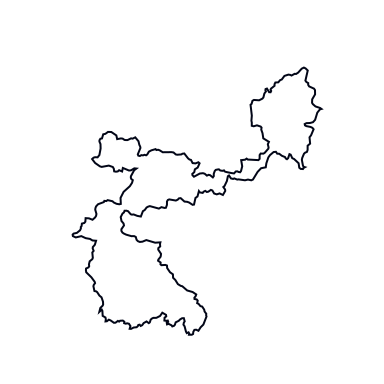 Caratinga, Minas Gerais, Brazil (Mercator projection), rotated 104°
{"feature_id": "56859067B96917379778032", "entity_name": "Caratinga", "entity_type": "district", "adm_level": 2, "iso_a3": "BRA", "parent_name": "Brazil", "parent_adm1": "Minas Gerais", "projection": "mercator", "projection_center": [-42.127, -19.689], "detail": "fine", "context": "isolated", "style": "outline", "palette": "ink", "viewbox_px": 384, "rotation_deg": 104, "n_neighbors": 0, "source": "geoboundaries", "source_scale": "gbopen_adm2", "svg_char_len": 6072}
<svg xmlns="http://www.w3.org/2000/svg" viewBox="0 0 384 384"><g transform="rotate(104 192 192)"><path d="M157.5,292.1L161.8,292.3L162.5,293.8L164.2,294.3L165.5,294.0L167.6,292.4L171.9,291.2L178.5,290.8L181.2,292.0L181.7,294.5L182.5,295.8L184.2,296.9L187.3,293.0L189.4,287.5L189.5,285.7L186.5,279.1L186.9,274.9L188.3,273.5L190.8,272.5L190.7,270.7L190.0,269.0L188.5,268.0L189.0,264.8L185.4,264.9L186.4,258.3L185.7,256.4L183.0,253.7L182.7,251.6L184.9,253.4L191.5,255.1L193.0,254.8L194.1,254.0L194.8,252.3L197.6,252.4L201.4,253.7L208.4,258.4L215.0,259.9L220.8,258.2L221.5,259.6L221.7,262.4L221.1,265.3L220.2,266.9L220.3,271.9L221.5,272.9L221.8,274.9L223.1,275.1L226.6,280.2L229.2,281.6L231.0,281.8L232.6,281.6L236.4,279.4L238.4,279.3L240.2,279.9L243.0,281.8L242.5,285.6L243.1,288.9L246.6,288.3L248.1,289.0L249.3,291.2L251.8,290.9L252.9,291.4L254.3,291.0L256.3,291.4L259.5,293.8L261.0,296.8L262.2,297.5L263.6,296.9L264.2,293.8L261.6,288.7L262.5,284.0L262.2,279.6L263.1,276.9L262.5,273.3L266.7,273.5L269.4,274.9L270.8,274.7L272.9,273.2L274.8,274.1L279.9,272.3L281.3,272.5L284.0,274.5L287.1,274.5L288.9,273.8L290.2,274.2L291.9,276.3L293.6,276.0L295.5,275.2L299.1,269.0L302.7,264.7L303.9,264.0L305.7,264.8L307.2,264.9L311.7,262.7L311.6,260.9L312.1,259.8L314.9,256.8L316.1,254.3L320.0,251.8L322.7,251.0L323.9,251.2L326.7,252.9L330.7,252.9L328.0,251.1L329.0,250.2L333.8,248.7L334.7,245.6L336.4,244.8L338.5,244.6L338.0,243.3L336.0,241.8L336.3,239.9L337.8,236.1L337.3,234.6L335.0,232.7L335.4,231.4L334.3,230.6L333.5,228.0L334.2,226.3L335.7,226.1L335.8,224.4L335.1,223.2L335.1,221.3L337.0,219.3L339.8,219.4L339.6,218.1L337.6,215.8L336.6,213.0L335.2,212.1L334.0,211.9L333.4,210.7L334.4,209.4L333.3,208.1L330.9,207.2L328.6,204.8L329.7,202.2L328.7,201.4L325.8,201.2L324.4,200.2L323.5,199.1L322.7,196.1L320.0,193.0L316.3,191.6L317.5,187.5L318.9,186.9L320.6,188.2L323.4,187.7L323.3,186.0L322.6,184.4L323.7,183.7L324.9,184.9L326.5,184.2L325.6,182.8L326.3,179.6L327.2,178.6L326.2,177.1L325.0,176.5L322.4,176.3L320.2,173.7L318.6,172.8L316.9,171.1L316.4,169.4L319.3,167.8L320.7,168.3L322.8,168.2L324.1,166.7L328.9,164.1L330.2,162.9L329.0,161.4L330.0,160.4L331.2,160.4L330.5,157.6L329.5,156.6L327.4,156.9L325.2,156.3L324.6,154.7L325.1,152.2L321.2,150.9L317.9,148.9L309.3,147.8L308.1,148.5L306.7,148.7L304.9,150.9L303.2,151.7L300.7,154.4L300.7,156.2L299.0,158.5L298.6,160.1L296.0,160.2L295.1,161.5L295.2,163.7L294.0,164.1L292.3,163.3L290.4,163.1L288.9,167.2L288.7,172.9L285.8,178.6L285.8,180.2L284.8,183.4L281.4,186.9L279.8,189.6L276.5,190.6L275.2,193.9L271.8,197.7L269.4,198.5L269.2,200.2L270.4,204.0L269.8,205.1L268.0,205.4L266.9,208.3L265.7,208.3L262.4,206.8L260.9,206.9L259.5,207.1L256.1,210.8L254.6,211.1L252.5,209.7L250.1,210.5L248.5,210.5L250.1,215.5L249.7,224.7L252.2,228.1L253.1,230.6L252.8,232.6L251.8,234.2L249.2,235.7L248.8,237.5L249.5,240.0L249.3,245.6L248.8,248.1L248.2,249.7L246.8,251.1L245.2,251.5L240.9,249.9L239.1,250.8L237.2,253.4L233.6,255.1L229.7,254.2L228.3,253.1L226.5,252.9L226.0,251.1L226.1,249.4L228.4,246.1L228.5,244.8L227.9,243.2L228.4,239.3L228.2,235.7L222.5,235.0L220.9,233.5L218.0,232.3L216.8,231.0L215.9,229.5L216.1,220.1L214.1,218.0L214.1,214.7L213.6,213.5L210.5,213.2L207.2,214.0L205.6,213.5L204.7,212.3L204.2,205.6L202.9,204.0L201.3,203.1L200.7,201.5L203.1,197.0L202.7,194.3L202.9,192.3L204.3,188.3L203.7,187.0L196.9,187.2L195.0,185.6L189.5,185.5L190.5,184.4L190.3,181.4L189.0,180.9L187.7,179.4L188.4,177.6L187.7,176.2L185.4,174.2L185.6,172.6L188.1,170.2L188.3,167.4L186.7,164.9L187.4,161.3L182.9,160.0L181.6,160.5L179.6,162.8L178.3,161.9L172.9,160.8L168.0,161.0L167.0,160.1L169.4,157.5L169.4,155.3L168.6,154.3L169.0,151.1L168.5,150.0L167.8,143.4L166.4,140.7L166.3,137.3L165.2,135.9L156.6,133.2L152.2,130.7L150.2,126.4L146.1,126.8L140.0,126.3L137.4,125.3L133.5,122.5L132.7,120.3L134.2,118.6L133.8,116.6L135.1,113.6L135.6,110.2L136.8,109.1L137.2,107.8L135.9,106.9L131.7,106.6L131.9,105.3L134.9,102.9L135.3,100.9L138.3,95.5L142.5,93.8L143.3,92.1L142.9,89.9L141.7,89.6L140.6,88.4L140.5,90.0L139.2,90.9L134.2,93.2L132.3,93.3L127.8,92.6L126.5,91.8L125.3,90.2L123.2,90.0L119.1,91.0L116.5,89.1L110.5,91.2L108.2,90.2L101.7,89.2L100.6,90.7L100.2,92.7L100.4,97.1L100.0,98.5L98.8,99.1L97.5,97.6L96.5,94.2L95.0,91.5L92.2,90.0L84.6,89.6L80.8,87.8L80.1,86.5L79.5,88.0L79.1,92.9L77.5,96.0L76.4,97.1L73.0,97.8L67.5,96.2L63.4,97.3L62.2,98.6L61.2,103.9L59.9,105.2L58.2,105.6L57.6,107.6L56.5,108.9L46.1,109.1L44.6,111.7L44.2,113.5L45.8,115.4L50.5,117.9L52.3,119.6L52.5,121.0L54.9,123.6L54.6,125.1L54.8,126.9L57.0,130.4L61.1,132.1L62.2,133.6L64.7,134.8L65.6,137.6L67.4,138.0L69.0,137.6L72.5,140.3L73.6,140.6L74.8,139.6L76.2,139.9L76.5,141.3L73.5,144.3L74.3,145.5L75.5,145.4L76.6,144.6L78.9,145.6L83.0,145.6L84.4,146.3L86.8,149.1L87.7,154.2L88.9,155.4L92.1,155.5L93.2,156.3L103.5,152.4L108.5,151.6L110.1,150.8L113.3,150.0L113.3,148.0L111.6,145.1L111.9,141.2L112.7,140.1L114.7,139.9L117.9,137.8L122.7,135.8L124.7,129.5L127.3,130.0L130.2,128.5L131.5,128.4L136.5,131.0L137.5,132.0L138.1,134.7L139.8,135.3L143.5,134.4L145.0,135.3L147.0,145.7L146.4,147.1L147.8,148.3L149.2,152.0L154.9,149.5L159.8,149.5L161.2,150.1L161.3,151.6L161.0,153.1L161.5,154.5L163.8,155.7L164.1,158.5L164.3,163.9L164.1,165.4L163.3,166.2L164.1,167.6L164.3,169.8L163.5,171.4L164.0,172.7L164.8,174.3L166.1,175.0L169.1,175.3L171.3,174.7L172.8,175.3L171.3,178.5L171.3,180.0L172.5,181.5L171.2,184.1L171.1,185.9L172.2,188.9L176.7,193.8L175.6,195.6L174.4,196.1L172.2,194.6L169.3,194.7L166.9,192.4L162.3,191.6L161.6,193.0L163.4,195.5L163.8,198.4L161.1,200.8L161.1,202.3L160.3,204.0L156.5,208.8L157.2,210.6L158.1,211.4L159.4,215.3L159.5,216.8L158.1,219.5L158.3,221.6L160.5,230.0L159.4,233.4L159.2,235.1L159.9,236.7L159.2,237.7L161.4,241.5L163.3,243.6L166.4,244.5L167.5,245.4L167.4,247.1L168.3,248.4L168.5,250.1L169.7,251.3L169.7,252.9L168.6,253.7L161.7,252.7L160.4,253.3L159.0,254.5L155.7,256.2L152.7,260.3L154.6,262.5L154.7,264.1L157.2,267.1L157.6,268.6L157.8,270.1L157.0,272.2L157.2,273.9L158.8,277.4L155.4,279.1L153.3,284.8L154.0,288.0L156.5,290.1L157.5,292.1Z" fill="none" stroke="#020617" stroke-width="2"/></g></svg>